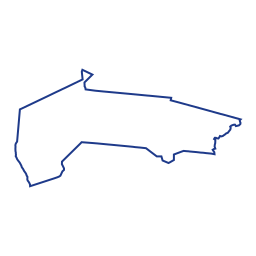 the district of Poção de Pedras, Maranhão, Brazil
{"feature_id": "56859067B9386852813171", "entity_name": "Poção de Pedras", "entity_type": "district", "adm_level": 2, "iso_a3": "BRA", "parent_name": "Brazil", "parent_adm1": "Maranhão", "projection": "mercator", "projection_center": [-44.86, -4.789], "detail": "fine", "context": "isolated", "style": "outline", "palette": "blue", "viewbox_px": 256, "rotation_deg": 0, "n_neighbors": 0, "source": "geoboundaries", "source_scale": "gbopen_adm2", "svg_char_len": 1733}
<svg xmlns="http://www.w3.org/2000/svg" viewBox="0 0 256 256"><path d="M171.2,97.8L149.2,95.7L147.8,95.6L132.0,94.1L103.6,91.5L95.3,90.7L85.6,89.4L85.3,87.6L84.6,86.4L84.6,84.9L84.5,83.7L84.5,82.4L92.4,74.6L82.4,69.8L81.8,71.7L82.6,79.4L66.7,87.1L64.4,88.2L62.4,89.1L60.6,90.0L56.1,92.1L47.0,96.5L31.9,103.7L19.9,109.4L17.1,141.6L16.2,142.9L15.6,144.1L15.4,145.3L15.5,146.6L15.4,148.8L15.5,151.2L15.8,152.6L15.8,153.8L16.0,155.0L15.7,156.1L16.6,157.8L17.0,158.9L17.9,160.3L19.7,162.6L21.3,165.6L21.8,167.2L23.1,169.0L24.1,171.0L25.3,172.6L26.1,173.9L26.7,175.7L27.4,176.7L27.4,178.1L27.3,179.3L27.7,180.6L28.5,181.6L29.4,183.1L30.0,184.5L30.1,186.2L54.1,178.4L57.3,177.3L59.0,176.6L60.4,175.7L62.4,171.4L64.0,169.9L64.0,168.4L62.8,165.9L61.9,164.2L62.0,161.6L80.6,143.3L81.6,142.2L92.1,143.0L97.0,143.4L108.5,144.5L110.8,144.7L127.7,146.3L132.9,146.8L135.0,147.1L140.6,147.6L146.0,148.2L151.5,152.4L156.8,156.4L161.4,156.4L162.6,160.5L168.5,163.0L169.9,162.3L173.9,160.0L173.9,154.5L181.6,151.6L183.6,150.9L186.7,151.2L188.4,151.3L189.8,151.5L196.5,152.1L199.1,152.4L200.6,152.6L202.5,152.7L203.7,152.8L206.0,153.1L211.3,153.6L214.5,154.2L214.3,152.2L213.4,150.9L212.7,149.8L213.9,149.0L215.3,148.6L214.6,146.5L214.8,144.7L215.2,143.2L215.3,141.2L215.3,139.8L214.1,139.0L214.8,137.8L215.9,137.8L217.0,138.3L218.4,138.5L219.3,137.3L220.0,136.0L221.3,136.4L222.8,136.0L223.7,135.3L224.8,134.6L226.2,133.4L227.8,132.8L229.1,131.1L230.3,129.6L230.7,127.9L230.2,126.6L231.4,125.6L232.6,125.1L233.9,124.7L235.0,124.7L235.9,126.1L237.3,125.8L238.9,125.4L240.3,124.1L240.5,122.9L240.0,121.6L239.7,120.3L240.6,119.4L222.2,114.3L220.8,114.0L206.8,110.1L179.0,102.5L170.7,100.3L171.2,97.8Z" fill="none" stroke="#1e3a8a" stroke-width="2"/></svg>